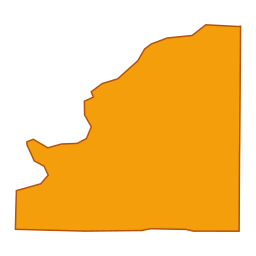 the district of Osage, Missouri, United States of America
{"feature_id": "52423323B54445613947141", "entity_name": "Osage", "entity_type": "district", "adm_level": 2, "iso_a3": "USA", "parent_name": "United States of America", "parent_adm1": "Missouri", "projection": "robinson", "projection_center": [-91.946, 38.498], "detail": "fine", "context": "isolated", "style": "filled", "palette": "amber", "viewbox_px": 256, "rotation_deg": 0, "n_neighbors": 0, "source": "geoboundaries", "source_scale": "gbopen_adm2", "svg_char_len": 555}
<svg xmlns="http://www.w3.org/2000/svg" viewBox="0 0 256 256"><path d="M237.9,26.5L205.8,24.8L192.1,35.5L167.2,38.0L151.4,43.9L144.6,49.0L137.9,60.7L117.6,78.9L102.1,83.6L91.2,91.8L93.4,97.1L84.4,101.2L84.6,114.9L91.3,126.8L86.5,138.5L77.2,143.4L61.6,144.0L47.7,147.8L33.3,139.3L26.9,141.8L27.0,144.9L34.2,160.8L44.2,166.3L48.2,175.2L40.7,183.8L16.4,190.6L15.9,208.0L15.4,229.3L84.8,231.1L141.9,230.5L150.4,228.7L186.1,229.4L193.4,231.1L239.1,231.2L239.5,157.5L239.7,144.0L240.6,26.3L237.9,26.5Z" fill="#f59e0b" stroke="#b45309" stroke-width="1.5"/></svg>